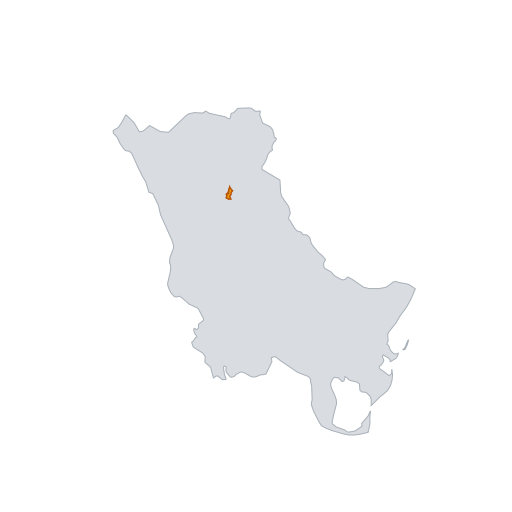 Mary, Mary, Turkmenistan (highlighted), rotated 211°
{"feature_id": "10190150B21853413573592", "entity_name": "Mary", "entity_type": "district", "adm_level": 2, "iso_a3": "TKM", "parent_name": "Turkmenistan", "parent_adm1": "Mary", "projection": "natural_earth1", "projection_center": [61.716, 37.759], "detail": "fine", "context": "in_parent", "style": "filled", "palette": "amber", "viewbox_px": 512, "rotation_deg": 211, "n_neighbors": 0, "source": "geoboundaries", "source_scale": "gbopen_adm2", "svg_char_len": 4167}
<svg xmlns="http://www.w3.org/2000/svg" viewBox="0 0 512 512"><g transform="rotate(211 256 256)"><path d="M160.4,177.7L181.3,178.9L187.8,179.7L190.5,176.8L190.3,176.1L189.4,175.5L187.9,173.5L186.7,160.0L188.5,158.1L190.7,156.7L193.8,152.5L195.4,151.2L197.8,150.1L205.8,149.9L209.2,149.0L212.1,144.2L212.7,141.4L214.9,139.2L216.2,139.2L221.6,141.1L222.7,142.1L224.5,145.6L226.5,145.4L226.8,144.8L226.6,144.1L225.1,141.9L221.8,137.9L218.5,135.4L218.2,134.6L221.1,132.6L226.8,133.4L228.2,132.8L229.7,129.6L237.2,136.8L238.6,137.5L244.6,138.4L245.6,139.4L247.6,143.5L249.6,144.6L252.1,145.4L262.8,145.6L266.1,148.3L266.7,149.0L266.0,150.9L265.8,154.7L264.9,156.2L265.5,156.8L269.3,158.4L271.5,160.8L271.7,161.8L271.1,162.5L269.3,162.2L268.4,163.3L268.4,165.2L269.7,167.0L270.0,168.7L268.2,172.6L268.1,174.2L268.7,175.2L278.3,181.1L279.8,181.2L289.2,180.2L290.9,180.8L299.1,182.1L301.3,181.9L302.9,180.0L304.4,179.3L305.8,179.3L309.7,180.5L313.7,183.0L316.5,185.3L317.8,187.4L321.5,198.9L324.0,203.6L326.9,206.0L329.0,210.5L330.8,220.4L331.9,222.4L336.3,226.3L359.1,242.2L366.0,249.4L376.7,256.3L380.6,255.5L388.9,262.9L394.3,265.7L401.1,270.1L415.6,280.1L418.7,280.5L422.1,279.1L425.1,279.9L430.6,282.5L436.4,286.4L441.4,287.7L442.8,289.4L442.9,290.3L440.2,295.2L439.9,301.4L440.3,309.8L439.0,309.9L429.2,307.5L419.9,302.4L417.8,304.1L416.7,305.8L414.4,313.0L402.0,313.4L394.7,317.0L388.2,340.5L386.7,343.4L382.6,347.2L375.5,351.0L374.4,352.5L374.2,353.9L373.3,354.3L369.3,354.3L354.3,359.4L351.0,359.4L349.6,359.9L349.1,360.8L350.7,365.5L349.4,366.8L348.4,369.1L347.7,373.2L337.8,379.6L335.7,380.3L331.7,379.7L329.7,380.4L327.5,382.4L326.5,381.8L326.0,379.8L325.0,378.4L318.8,373.3L311.6,374.1L309.0,373.7L306.9,372.8L303.6,369.9L301.5,367.1L299.3,367.4L298.7,366.1L298.6,364.5L299.2,362.7L299.0,359.1L297.8,356.6L296.4,355.5L298.0,351.4L298.0,348.4L297.0,345.1L296.6,340.3L296.9,335.6L295.5,333.3L274.6,333.4L267.2,322.6L264.1,320.0L253.8,315.4L250.9,312.9L248.6,310.2L248.0,306.5L246.9,304.3L245.3,304.0L237.2,299.7L233.9,298.6L229.5,299.7L226.8,298.4L223.7,300.1L222.4,300.2L219.1,299.2L215.1,295.3L211.6,293.7L204.5,291.2L199.4,290.4L194.9,288.9L194.5,288.4L194.4,285.1L193.8,283.7L192.6,282.1L190.8,280.8L183.1,281.0L179.6,279.7L176.8,279.5L170.7,279.7L168.7,280.6L167.6,281.7L166.8,284.9L166.1,285.4L160.2,285.5L147.6,284.7L142.3,286.3L134.0,291.3L129.2,295.4L127.8,297.3L124.9,304.6L123.6,305.7L122.0,306.5L120.4,306.7L112.8,309.6L109.9,310.3L102.5,309.9L101.0,299.1L100.6,290.4L101.7,278.5L101.5,270.9L103.0,259.3L102.7,256.5L99.0,251.3L98.5,247.8L96.2,247.6L92.5,244.6L88.9,243.4L87.0,243.4L85.3,244.2L84.0,246.0L83.2,243.3L83.3,240.4L86.4,234.6L88.2,236.3L90.5,236.9L96.1,236.6L95.7,234.6L92.8,232.6L92.3,229.9L92.6,227.2L93.4,224.6L92.6,223.5L91.3,222.9L88.2,222.9L80.2,222.0L79.2,225.0L81.3,229.0L77.8,224.5L75.5,219.8L74.0,214.3L73.9,208.3L77.3,198.8L80.2,187.1L83.1,192.0L85.3,194.2L90.2,195.6L92.6,195.3L95.2,194.0L97.7,194.4L101.4,199.5L104.2,200.0L110.1,198.1L112.8,197.7L115.2,198.5L117.7,198.6L116.7,196.2L116.3,193.9L117.8,192.7L122.3,194.0L126.0,192.6L126.6,192.0L127.0,190.0L126.6,186.0L125.8,184.3L123.8,182.0L115.8,176.4L113.2,174.1L111.0,171.2L107.6,159.7L105.0,152.3L103.9,151.4L99.2,150.8L90.2,152.6L87.1,152.2L85.6,153.0L81.9,156.1L80.1,158.7L77.5,164.8L79.2,166.8L77.5,177.1L78.2,181.4L77.9,181.8L75.3,176.3L71.9,170.9L69.1,162.6L74.7,157.1L79.3,153.3L84.3,150.4L89.5,148.5L101.0,145.5L107.3,144.4L112.4,144.2L116.3,146.1L126.8,152.7L131.3,156.5L132.6,158.0L133.8,161.6L141.3,173.2L143.1,174.9L146.1,178.6L148.9,179.7L160.4,177.7ZM82.3,261.3L82.0,262.9L80.7,258.2L80.1,253.0L81.1,251.6L82.1,251.6L81.1,253.5L82.3,261.3Z" fill="#d9dde1" stroke="#a8b0b8" stroke-width="1"/><path d="M309.1,295.4L309.1,295.8L310.0,297.6L310.0,297.9L310.0,298.0L309.9,298.5L309.7,299.8L311.2,300.3L312.8,300.9L312.9,301.0L313.8,301.3L314.1,301.6L313.8,300.1L313.8,299.8L313.7,299.7L313.4,298.5L313.0,297.8L312.6,297.2L312.9,296.3L311.8,295.7L312.0,294.8L312.9,294.8L313.1,294.2L313.3,293.6L312.0,292.7L311.7,291.2L311.6,290.6L308.9,290.6L308.6,290.7L306.9,291.9L309.2,293.5L309.4,293.6L309.1,295.4Z" fill="#f59e0b" stroke="#b45309" stroke-width="1.5"/></g></svg>